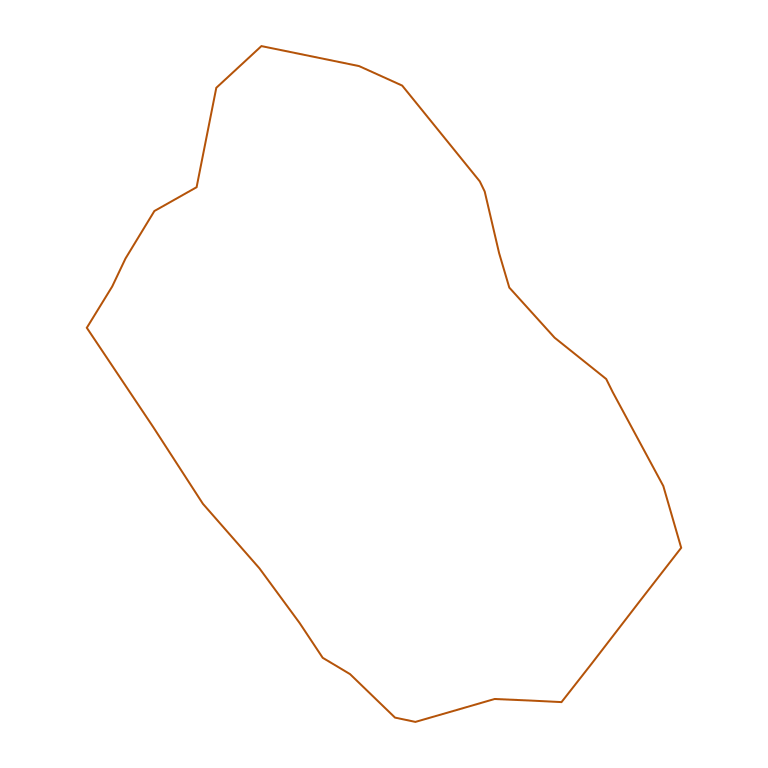 Luus, Dundgovi, Mongolia
{"feature_id": "93677404B30704814862785", "entity_name": "Luus", "entity_type": "district", "adm_level": 2, "iso_a3": "MNG", "parent_name": "Mongolia", "parent_adm1": "Dundgovi", "projection": "robinson", "projection_center": [105.799, 45.607], "detail": "fine", "context": "isolated", "style": "outline", "palette": "amber", "viewbox_px": 768, "rotation_deg": 0, "n_neighbors": 0, "source": "geoboundaries", "source_scale": "gbopen_adm2", "svg_char_len": 517}
<svg xmlns="http://www.w3.org/2000/svg" viewBox="0 0 768 768"><path d="M216.3,87.8L196.6,187.2L154.4,211.0L125.5,258.5L112.2,286.5L86.8,327.8L153.3,427.2L202.9,503.8L259.4,568.3L299.6,623.0L322.7,657.8L350.0,674.1L395.0,717.6L415.4,721.9L464.6,707.7L494.6,699.0L531.4,700.6L561.5,702.1L592.0,663.2L639.9,601.0L681.2,547.8L663.3,486.0L612.7,392.1L606.2,379.0L554.6,337.7L509.3,287.6L499.1,253.1L484.7,191.5L479.8,181.4L402.2,85.6L359.1,66.1L261.4,46.1L216.3,87.8Z" fill="none" stroke="#b45309" stroke-width="2"/></svg>